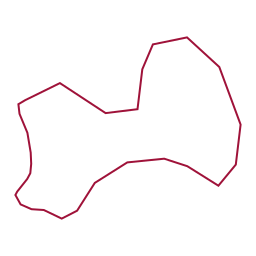 map outline of Kinmen (Mercator projection)
{"feature_id": "TWN-3415", "entity_name": "Kinmen", "entity_type": "County", "adm_level": 1, "iso_a3": "TWN", "parent_name": "Taiwan", "parent_adm1": "", "projection": "mercator", "projection_center": [118.347, 24.459], "detail": "fine", "context": "isolated", "style": "outline", "palette": "rose", "viewbox_px": 256, "rotation_deg": 0, "n_neighbors": 0, "source": "natural_earth", "source_scale": "10m", "svg_char_len": 464}
<svg xmlns="http://www.w3.org/2000/svg" viewBox="0 0 256 256"><path d="M152.9,44.4L187.0,37.4L219.3,67.0L240.6,124.6L235.8,164.6L218.4,185.7L187.3,166.2L164.2,158.7L127.3,162.4L94.8,182.9L77.1,210.7L61.7,218.6L43.8,210.0L31.5,209.2L20.6,204.4L15.4,195.0L17.2,191.6L27.2,179.0L30.3,173.2L31.2,163.8L30.7,152.6L27.4,132.8L19.5,113.8L18.4,104.2L25.3,100.1L59.9,83.1L105.6,113.1L137.5,109.2L142.3,69.3L152.9,44.4Z" fill="none" stroke="#9f1239" stroke-width="2"/></svg>